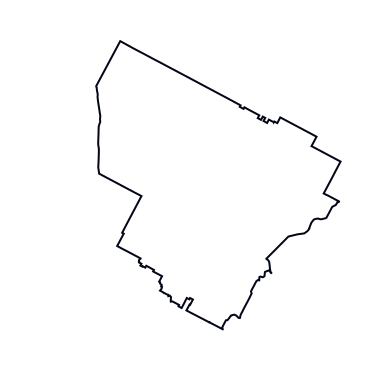 outline of Serpentine-Jarrahdale, Western Australia, Australia, rotated 208°
{"feature_id": "25037944B73163589668910", "entity_name": "Serpentine-Jarrahdale", "entity_type": "district", "adm_level": 2, "iso_a3": "AUS", "parent_name": "Australia", "parent_adm1": "Western Australia", "projection": "orthographic", "projection_center": [115.997, -32.325], "detail": "fine", "context": "isolated", "style": "outline", "palette": "ink", "viewbox_px": 384, "rotation_deg": 208, "n_neighbors": 0, "source": "geoboundaries", "source_scale": "gbopen_adm2", "svg_char_len": 4829}
<svg xmlns="http://www.w3.org/2000/svg" viewBox="0 0 384 384"><g transform="rotate(208 192 192)"><path d="M100.4,85.2L100.4,85.3L101.7,86.5L101.7,88.1L101.8,88.7L101.8,89.2L101.8,93.3L101.8,94.7L100.5,95.5L99.8,99.1L99.8,99.3L99.9,99.5L99.5,100.6L99.5,100.8L99.6,101.1L99.5,101.4L99.4,101.5L99.1,101.6L98.8,101.9L98.2,102.7L96.9,103.6L95.7,103.7L94.8,103.7L93.9,103.4L92.2,102.8L91.5,102.8L91.4,102.8L91.1,102.9L91.0,103.0L90.5,103.4L90.9,104.5L91.4,106.4L91.4,107.1L91.4,111.2L91.5,111.9L91.5,113.3L91.5,113.9L91.5,116.5L91.5,119.8L91.5,120.5L91.5,121.2L91.5,121.5L91.5,121.9L91.5,122.6L91.5,123.3L91.5,124.5L91.6,126.9L91.7,130.0L91.7,130.3L91.8,130.4L91.8,130.5L93.0,131.7L93.1,131.8L93.2,132.1L93.3,132.9L93.3,133.0L93.3,137.3L93.3,140.8L93.3,143.3L93.3,143.5L93.2,143.6L92.4,145.3L91.2,145.6L91.6,146.5L92.4,148.0L92.5,148.2L92.5,148.3L92.5,148.5L92.4,148.6L92.4,148.8L91.9,149.4L91.8,149.5L91.7,149.5L89.8,149.9L89.7,149.9L89.5,150.0L89.4,150.1L88.6,151.4L88.6,151.5L88.5,151.8L88.6,152.0L90.0,155.5L90.0,155.8L88.8,157.2L87.3,158.9L87.1,158.8L86.2,158.5L85.5,158.2L84.1,157.6L84.0,157.8L84.8,158.2L85.6,158.9L86.8,160.4L90.2,165.4L90.9,166.3L91.3,166.6L91.4,166.8L91.7,167.0L92.7,167.5L94.4,167.9L94.5,167.8L94.9,167.9L94.9,168.0L95.0,168.1L91.3,180.2L88.7,188.9L86.2,197.2L85.9,197.9L85.9,198.0L85.6,198.3L85.1,198.7L78.7,204.4L76.8,205.7L73.4,208.2L71.8,211.5L71.4,212.8L71.3,214.0L71.3,215.0L71.5,215.0L72.2,220.9L71.5,224.8L71.0,225.5L70.1,226.3L68.2,227.8L66.1,228.1L64.7,228.9L63.4,230.1L61.7,231.6L61.2,232.3L61.2,238.2L61.2,244.7L60.1,246.4L58.9,248.1L58.8,251.2L58.7,251.2L57.7,252.0L57.8,252.7L70.6,252.7L70.9,252.6L71.3,252.6L75.0,252.5L75.0,253.9L75.0,267.3L75.0,270.5L75.0,270.9L75.1,280.4L75.1,280.9L75.1,283.0L75.1,288.6L86.8,288.6L99.9,288.6L108.0,288.6L108.0,299.3L121.4,299.3L134.8,299.3L140.3,299.3L142.2,299.3L146.3,299.3L149.1,299.3L149.0,292.9L150.7,292.9L152.4,292.9L152.5,291.9L152.6,292.0L158.1,292.0L158.1,288.2L162.2,288.3L162.1,291.8L164.9,291.8L164.9,288.1L168.6,288.1L168.6,291.3L177.0,291.3L178.7,291.3L180.4,291.3L180.5,291.3L185.5,291.4L185.5,289.6L189.8,289.6L189.8,291.3L204.7,291.4L217.1,291.4L233.0,291.4L257.8,291.4L259.0,291.4L311.1,291.3L326.2,291.5L326.2,283.9L326.3,240.6L326.0,240.1L325.8,240.0L325.6,239.8L325.4,239.6L325.3,239.4L325.1,239.3L325.0,239.1L323.2,236.5L323.0,236.3L321.7,234.8L321.5,234.5L321.4,234.3L321.2,234.0L321.1,233.9L321.0,233.7L320.9,233.6L320.8,233.4L320.2,232.0L320.1,231.7L319.9,231.5L319.8,231.3L319.5,230.8L317.9,228.5L317.0,227.2L315.2,224.8L313.3,222.3L312.0,220.5L311.1,219.3L310.5,218.4L310.1,218.1L308.9,216.3L308.7,216.1L308.6,215.8L308.4,215.6L308.0,214.5L307.2,212.7L306.3,211.4L306.2,211.3L306.1,211.0L306.0,210.8L305.9,210.7L305.8,210.3L305.7,208.7L305.2,206.8L305.2,206.6L305.2,206.4L305.1,206.1L305.0,205.8L304.9,205.6L303.5,202.8L303.0,201.7L301.9,199.6L299.1,193.8L297.8,191.2L297.1,189.9L296.1,188.5L294.8,186.8L294.6,186.5L294.5,186.3L294.4,186.1L294.2,185.9L293.6,184.7L292.8,183.1L292.5,182.6L292.4,182.3L292.2,181.9L292.1,181.7L291.9,181.5L291.8,181.1L291.5,180.6L291.2,179.9L290.9,179.3L289.8,177.1L289.2,175.8L288.0,173.3L287.3,171.9L286.9,170.8L286.8,170.6L286.7,170.4L286.6,170.2L286.4,169.9L286.2,169.6L286.1,169.4L283.8,166.3L283.3,165.6L282.7,164.8L282.6,164.6L243.1,164.6L234.7,164.7L234.7,162.9L234.6,132.6L234.5,123.2L232.7,123.2L232.7,109.2L227.4,109.1L220.5,109.2L219.4,109.2L211.9,109.2L206.7,109.2L206.2,109.2L206.2,108.6L206.7,108.0L206.7,107.0L206.6,106.2L206.0,105.9L206.0,105.3L205.8,104.9L203.0,104.9L203.0,102.8L200.8,102.8L200.8,103.3L197.7,103.3L197.7,105.4L195.7,105.4L189.0,105.3L189.0,103.6L184.6,103.6L178.9,103.6L178.9,99.2L178.9,97.3L178.7,97.3L178.3,97.3L178.0,97.4L177.9,97.4L177.7,97.2L177.5,96.9L177.4,96.5L177.2,96.3L177.1,96.2L176.9,96.1L176.7,95.9L176.1,95.8L175.9,95.8L175.6,95.9L175.3,95.9L175.2,95.8L175.0,95.5L174.9,95.3L174.9,94.1L173.9,94.1L173.6,92.9L173.6,92.7L173.5,92.4L173.5,92.2L173.5,91.9L173.5,91.7L173.6,91.4L173.7,90.8L173.9,89.9L171.1,89.9L170.7,89.9L170.3,89.8L170.1,89.8L169.8,89.8L169.7,89.7L169.4,89.6L169.2,89.8L167.6,89.8L165.6,89.8L165.3,89.8L165.2,89.8L164.9,90.0L164.8,89.9L164.7,89.8L164.5,89.6L164.3,89.4L164.2,89.1L164.0,88.9L163.5,89.5L163.1,90.1L161.2,89.4L160.9,88.5L159.4,85.4L159.2,85.2L158.2,86.1L157.9,86.2L157.3,86.2L156.4,86.2L155.3,86.2L154.7,86.2L154.2,86.2L151.7,86.2L150.4,86.2L150.4,85.6L150.5,85.0L150.4,84.9L150.3,84.7L150.2,84.7L146.7,84.7L146.7,84.8L146.7,87.9L146.7,89.7L146.8,93.1L146.8,93.5L146.8,96.0L146.7,96.0L143.9,96.0L143.9,97.5L140.7,97.5L140.7,96.0L140.7,94.5L140.7,91.5L141.3,91.5L141.3,86.4L141.3,86.2L141.3,84.8L140.3,84.8L136.6,84.8L130.3,84.9L127.4,84.9L121.4,85.0L116.6,85.0L116.4,85.1L116.2,85.1L115.6,85.4L115.5,85.2L115.3,85.0L115.2,85.1L107.1,85.2L104.0,85.2L100.4,85.2Z" fill="none" stroke="#020617" stroke-width="2"/></g></svg>